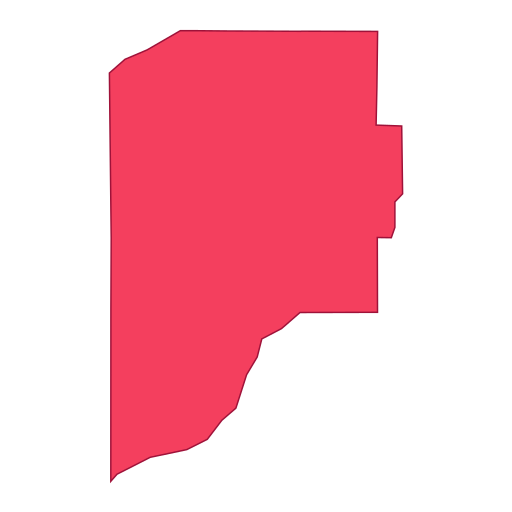 LaPorte, Indiana, United States of America (Equal Earth projection)
{"feature_id": "52423323B64026366373920", "entity_name": "LaPorte", "entity_type": "district", "adm_level": 2, "iso_a3": "USA", "parent_name": "United States of America", "parent_adm1": "Indiana", "projection": "equal_earth", "projection_center": [-86.715, 41.499], "detail": "fine", "context": "isolated", "style": "filled", "palette": "rose", "viewbox_px": 512, "rotation_deg": 0, "n_neighbors": 0, "source": "geoboundaries", "source_scale": "gbopen_adm2", "svg_char_len": 618}
<svg xmlns="http://www.w3.org/2000/svg" viewBox="0 0 512 512"><path d="M377.6,31.4L301.6,31.2L300.8,31.3L300.7,31.3L231.7,31.0L230.7,31.0L228.8,31.0L196.2,30.7L195.6,30.7L193.7,30.7L186.1,30.7L181.1,30.7L180.3,30.7L147.1,49.9L125.0,59.3L109.4,73.0L111.2,238.1L110.9,309.4L110.9,311.1L110.8,481.3L117.0,474.2L150.2,457.3L186.8,449.6L207.3,439.3L221.8,420.3L235.9,408.1L246.6,374.7L257.2,357.0L261.8,338.9L281.5,328.6L300.0,312.5L377.5,312.3L377.3,237.5L391.3,237.7L394.9,227.4L394.9,201.9L402.6,193.8L401.7,126.0L376.1,125.1L376.5,106.1L376.9,87.1L377.6,31.4Z" fill="#f43f5e" stroke="#9f1239" stroke-width="1.5"/></svg>